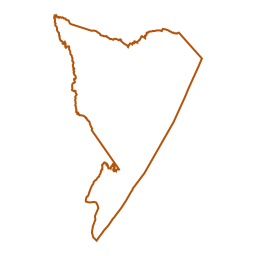 Pemba, Southern, Zambia
{"feature_id": "96606910B89551378676560", "entity_name": "Pemba", "entity_type": "district", "adm_level": 2, "iso_a3": "ZMB", "parent_name": "Zambia", "parent_adm1": "Southern", "projection": "equal_earth", "projection_center": [27.31, -16.765], "detail": "fine", "context": "isolated", "style": "outline", "palette": "amber", "viewbox_px": 256, "rotation_deg": 0, "n_neighbors": 0, "source": "geoboundaries", "source_scale": "gbopen_adm2", "svg_char_len": 5397}
<svg xmlns="http://www.w3.org/2000/svg" viewBox="0 0 256 256"><path d="M96.6,240.6L99.3,236.7L102.3,232.9L103.7,230.7L107.2,226.8L108.4,225.4L110.9,221.8L112.5,219.2L114.5,217.0L115.2,215.9L121.1,208.2L126.1,200.5L131.2,191.7L132.6,189.6L132.7,188.7L144.4,173.2L173.5,122.2L184.9,97.2L188.4,88.7L198.4,66.7L201.9,58.5L178.8,32.6L177.6,33.1L177.0,33.6L175.9,33.2L175.0,33.5L174.2,33.2L173.5,32.6L172.8,32.8L172.2,32.7L171.5,32.1L170.9,31.8L170.4,31.4L169.4,31.2L168.6,30.5L167.1,29.8L166.7,29.9L166.0,29.5L165.5,29.3L164.3,29.2L162.9,28.9L162.5,29.2L162.1,30.7L161.7,31.1L160.1,30.4L156.2,30.5L154.8,31.0L152.6,31.0L151.9,31.4L149.6,31.5L149.0,31.9L148.6,31.9L148.3,32.4L147.8,32.4L147.5,32.9L147.0,32.8L146.7,32.8L146.7,33.2L146.7,33.3L146.4,34.0L146.5,34.8L146.3,35.3L145.7,35.6L144.9,35.7L144.9,36.6L145.1,36.9L145.1,37.5L145.1,38.1L144.2,37.4L142.6,36.8L142.0,36.1L141.8,36.2L141.5,36.3L141.2,36.9L139.9,39.7L139.5,39.7L139.2,40.3L137.3,41.8L137.3,42.2L137.1,42.0L136.7,42.3L136.6,42.1L136.4,42.1L136.0,41.9L135.3,41.9L134.9,42.5L134.8,42.2L134.7,42.4L134.5,42.2L134.3,42.4L134.1,42.1L133.9,42.6L134.1,42.6L134.1,42.8L133.6,43.1L133.6,42.8L133.4,42.8L133.5,43.0L133.4,43.1L133.1,43.0L132.8,43.4L132.4,43.5L132.4,43.9L132.1,43.9L132.1,44.0L132.0,44.5L131.8,44.4L131.7,44.7L131.7,44.4L131.7,44.2L131.3,43.8L130.6,43.4L130.2,43.4L128.9,45.0L128.8,45.6L128.5,46.1L128.3,46.7L128.1,47.1L127.7,46.6L127.4,45.7L127.1,45.4L123.9,43.5L121.0,40.9L120.7,40.5L121.0,40.0L120.4,39.3L120.1,39.3L119.2,40.2L118.9,40.3L117.4,39.5L116.0,38.9L114.3,38.9L113.9,39.2L113.3,39.8L111.5,39.0L110.1,39.0L109.4,38.5L109.1,38.1L108.6,38.0L108.2,37.6L107.0,37.0L107.0,36.5L106.1,36.0L105.2,36.3L104.1,36.3L102.4,35.5L101.4,35.5L100.9,35.3L100.2,34.7L100.0,33.9L96.0,31.1L94.7,30.7L92.9,30.6L91.8,30.8L91.4,30.7L70.9,24.1L70.0,23.5L69.3,22.3L69.0,21.3L68.5,20.5L66.0,19.7L65.5,18.7L64.9,18.4L64.2,18.6L62.7,17.4L62.3,17.7L61.5,17.6L61.4,17.7L60.6,17.1L59.7,17.1L59.3,17.3L59.1,17.7L58.8,17.5L58.7,17.3L58.5,17.5L58.2,17.5L58.1,17.1L57.8,17.0L57.8,16.6L57.7,16.8L57.4,16.5L56.7,16.4L56.3,16.5L56.4,16.1L56.5,16.1L56.4,15.9L56.3,16.1L56.2,15.5L56.1,15.9L55.5,15.6L55.4,15.4L55.2,15.5L54.9,15.4L54.6,15.4L54.5,16.5L54.1,17.2L54.4,18.7L54.9,19.5L55.0,19.7L55.0,20.9L54.8,22.4L55.2,23.0L55.6,23.4L55.4,24.0L55.2,25.0L55.7,26.0L56.3,26.4L56.7,26.9L57.1,29.0L57.0,29.9L57.2,30.6L58.1,32.1L58.9,32.7L59.0,33.1L59.1,34.5L59.0,35.0L59.2,35.5L59.6,35.8L59.6,36.2L59.4,36.5L59.7,37.2L59.6,37.6L59.9,39.3L60.9,40.9L61.2,41.1L61.6,40.9L63.1,42.5L63.2,42.9L62.6,43.2L62.5,43.4L62.6,43.6L62.9,43.8L63.9,43.7L64.2,44.1L64.6,44.1L64.8,43.3L64.6,42.5L64.6,42.0L64.8,41.8L64.9,42.0L65.5,43.4L65.6,44.6L65.2,46.1L65.4,47.1L65.8,47.8L66.0,47.8L66.9,46.6L67.5,46.6L68.0,46.3L69.1,46.5L69.2,47.1L69.1,49.2L69.3,49.6L69.8,50.4L70.2,51.3L70.4,54.1L71.7,55.6L71.9,57.0L72.5,58.2L72.6,58.5L72.4,59.1L72.3,60.6L72.4,61.2L73.2,61.6L73.5,62.8L73.5,63.2L72.8,64.9L72.8,65.8L73.1,66.3L73.2,67.3L73.7,67.9L74.1,68.4L74.3,68.9L74.1,69.2L73.4,69.1L73.4,69.5L73.7,71.0L74.1,71.3L74.2,71.5L74.1,72.0L73.7,72.2L73.6,72.5L74.2,74.5L74.4,74.8L75.3,75.6L75.9,77.4L75.6,78.4L75.4,78.8L74.3,78.7L74.0,79.0L74.0,79.5L74.3,80.7L74.6,81.0L74.8,81.4L74.9,81.8L74.8,82.5L74.2,82.7L72.9,83.4L72.4,84.2L72.2,84.6L72.2,87.4L72.4,88.6L72.0,89.9L72.3,90.5L73.2,90.7L74.0,91.2L74.3,91.2L74.7,90.7L75.5,91.0L75.5,92.3L76.7,94.6L76.6,94.8L76.3,95.0L75.2,96.8L75.2,97.1L75.6,98.0L75.7,98.3L75.1,99.7L75.1,100.4L75.5,101.2L75.5,102.3L75.7,103.7L75.4,104.8L75.3,105.5L75.7,105.9L75.8,107.0L75.9,107.9L76.4,109.2L76.2,110.6L76.2,111.0L76.6,111.2L76.6,111.6L76.3,112.0L76.9,112.3L77.3,112.6L77.3,113.0L77.6,113.6L77.3,113.7L77.3,114.1L78.3,114.4L78.5,114.4L78.6,114.1L78.8,114.7L79.0,114.8L79.4,114.6L79.6,114.8L79.6,115.2L79.8,115.3L79.9,115.2L80.4,115.3L81.0,115.3L82.8,115.6L83.3,115.6L84.0,116.2L84.8,116.5L85.0,117.0L85.5,117.4L85.7,118.0L86.1,118.2L86.4,118.0L86.6,118.3L86.8,119.2L87.4,119.7L87.5,120.2L88.0,120.4L88.1,120.6L88.8,121.1L89.4,121.6L89.4,122.3L89.7,122.9L90.1,124.4L90.4,124.9L90.5,125.6L90.9,126.6L91.3,126.9L91.8,128.1L92.2,128.7L91.7,130.2L119.6,170.2L118.1,168.7L117.9,168.6L116.3,170.3L116.1,171.3L115.9,171.2L115.6,170.4L115.4,170.3L115.2,170.4L114.9,171.0L114.0,171.3L113.7,170.9L113.9,170.4L114.6,170.0L114.7,169.6L114.3,169.3L114.0,169.7L113.5,169.8L113.6,169.3L113.3,169.0L113.7,168.5L114.4,168.5L114.7,168.0L114.5,167.8L114.2,167.9L114.5,166.7L114.3,166.6L114.0,166.6L113.8,166.5L114.2,165.5L113.3,164.9L113.5,164.5L113.5,163.9L113.3,163.9L113.0,164.2L112.8,164.2L111.8,166.5L111.2,166.5L110.8,168.1L110.7,168.6L110.3,168.2L109.6,168.3L109.2,168.1L108.5,168.4L108.4,168.4L108.2,167.5L108.0,166.1L107.9,166.1L107.6,166.2L107.4,166.0L107.6,164.9L107.5,164.6L107.2,164.2L106.8,164.6L106.4,164.7L106.1,163.5L105.8,163.0L105.2,162.6L104.8,162.6L104.5,162.4L104.2,162.5L103.9,163.3L103.6,163.2L103.2,163.7L102.9,164.4L102.0,165.0L102.0,165.4L102.5,166.9L102.3,168.2L102.4,169.1L102.3,169.5L101.7,169.4L101.5,169.6L101.2,171.0L100.7,171.7L100.8,172.4L100.6,173.2L99.7,174.6L99.1,176.5L98.7,176.9L97.9,177.3L96.3,179.7L95.5,180.1L93.9,181.7L93.6,182.4L93.4,183.4L93.1,184.1L91.6,186.2L91.1,187.8L90.4,189.2L89.6,191.3L88.4,195.2L87.6,196.3L86.7,196.8L85.8,199.7L85.9,201.5L89.2,202.5L94.3,201.9L96.2,202.6L97.7,205.6L98.3,208.2L95.1,215.7L95.0,217.1L95.4,219.5L92.9,226.3L91.9,232.4L93.3,237.4L96.6,240.6Z" fill="none" stroke="#b45309" stroke-width="2"/></svg>